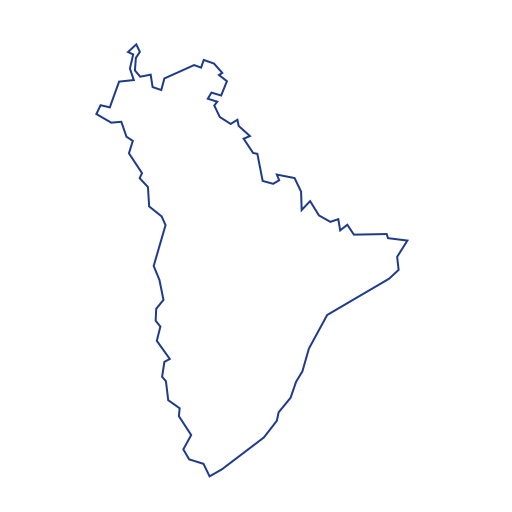 the district of Brazos, Texas, United States of America, rotated 177°
{"feature_id": "52423323B4274675521661", "entity_name": "Brazos", "entity_type": "district", "adm_level": 2, "iso_a3": "USA", "parent_name": "United States of America", "parent_adm1": "Texas", "projection": "orthographic", "projection_center": [-96.277, 30.652], "detail": "fine", "context": "isolated", "style": "outline", "palette": "blue", "viewbox_px": 512, "rotation_deg": 177, "n_neighbors": 0, "source": "geoboundaries", "source_scale": "gbopen_adm2", "svg_char_len": 1320}
<svg xmlns="http://www.w3.org/2000/svg" viewBox="0 0 512 512"><g transform="rotate(177 256 256)"><path d="M313.9,38.4L301.0,44.9L257.6,74.4L243.8,90.4L241.6,98.7L228.9,112.6L222.5,128.4L215.7,138.4L208.0,160.8L188.0,193.4L124.4,226.3L114.3,234.7L115.1,247.8L104.0,263.5L123.2,266.9L124.4,271.1L157.1,272.2L163.2,282.4L170.6,277.2L171.9,288.5L179.9,286.2L191.0,293.2L199.1,308.0L208.0,299.5L207.6,317.9L213.4,331.8L230.9,336.2L228.9,330.4L235.1,327.2L245.4,330.6L249.3,358.0L253.5,359.0L262.2,373.8L255.8,376.1L266.5,386.8L267.4,393.0L274.4,389.2L284.9,396.7L289.8,408.5L286.6,412.1L295.9,415.6L291.9,421.5L282.4,418.1L275.9,432.1L283.5,438.7L280.1,440.6L287.9,450.4L297.9,454.5L301.0,447.0L307.8,449.9L338.2,438.1L341.9,426.7L350.4,430.1L351.7,442.6L362.2,441.1L367.2,447.6L365.6,460.1L361.3,465.9L364.5,473.6L373.1,466.4L368.1,463.7L372.1,449.8L368.8,438.1L383.6,437.3L394.2,412.1L403.3,414.7L408.0,406.1L393.5,396.7L383.5,397.1L379.1,381.9L373.0,377.4L377.5,365.2L365.5,344.7L368.1,339.8L360.3,330.5L360.1,311.1L348.2,300.5L344.7,291.6L358.7,251.4L353.7,237.2L350.7,217.0L358.4,208.6L359.6,196.6L355.2,190.5L359.5,176.5L347.5,157.7L353.0,155.1L356.1,140.3L352.5,135.7L351.2,116.6L340.2,107.9L341.4,100.1L330.1,80.6L338.7,66.7L333.4,56.4L319.3,51.2L313.9,38.4Z" fill="none" stroke="#1e3a8a" stroke-width="2"/></g></svg>